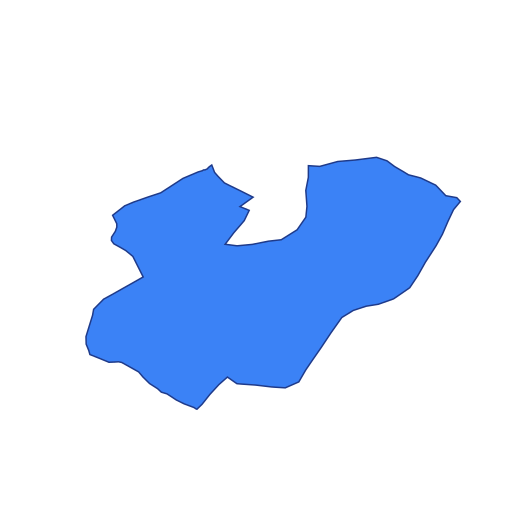 Ika North East, Delta, Nigeria (Natural Earth projection), rotated 49°
{"feature_id": "59680162B56433787774877", "entity_name": "Ika North East", "entity_type": "district", "adm_level": 2, "iso_a3": "NGA", "parent_name": "Nigeria", "parent_adm1": "Delta", "projection": "natural_earth1", "projection_center": [6.281, 6.235], "detail": "fine", "context": "isolated", "style": "filled", "palette": "blue", "viewbox_px": 512, "rotation_deg": 49, "n_neighbors": 0, "source": "geoboundaries", "source_scale": "gbopen_adm2", "svg_char_len": 1605}
<svg xmlns="http://www.w3.org/2000/svg" viewBox="0 0 512 512"><g transform="rotate(49 256 256)"><path d="M270.1,94.7L260.6,100.3L248.7,118.1L238.3,132.3L230.2,149.1L222.2,157.2L231.0,164.9L239.2,175.4L252.0,185.0L259.4,192.9L263.2,207.8L260.3,226.3L255.8,232.8L252.9,237.0L244.8,251.2L235.9,263.6L226.9,271.6L223.9,257.5L221.6,241.7L217.1,231.2L208.2,235.7L209.7,219.6L197.3,224.7L185.0,229.9L180.1,231.9L176.4,232.1L170.8,232.4L165.7,232.4L161.9,231.0L158.3,229.7L158.1,231.5L158.0,233.8L158.3,235.5L157.6,237.9L156.6,239.2L156.4,240.6L154.6,244.5L149.5,260.2L145.8,286.5L140.6,298.9L135.0,313.0L132.0,322.1L131.2,337.5L140.3,339.9L142.9,342.1L145.1,346.0L147.0,352.6L149.4,354.9L153.5,355.3L160.6,352.7L166.5,350.7L175.5,349.2L197.8,354.9L190.4,391.1L188.6,399.3L189.7,413.5L193.5,418.2L205.3,437.2L211.1,442.0L217.6,444.2L221.4,446.0L230.3,441.4L239.7,436.7L243.4,432.1L245.6,429.2L248.2,427.2L266.5,420.6L273.3,420.7L282.4,420.0L291.6,417.3L296.6,416.8L301.7,413.6L312.4,410.6L320.3,407.3L329.7,402.2L332.0,401.6L332.9,401.1L332.5,393.9L330.2,381.6L328.7,368.4L328.6,357.0L339.8,354.2L342.7,351.4L349.7,344.4L353.2,340.9L365.0,330.2L367.6,327.6L374.7,320.4L379.1,306.3L374.6,293.1L371.6,281.7L367.8,266.7L363.2,250.0L358.7,231.6L360.9,218.3L366.1,205.9L372.7,195.3L378.6,180.3L379.3,174.3L380.8,160.8L377.0,146.8L371.7,131.9L371.5,131.1L366.4,113.4L361.9,101.1L355.8,88.4L350.6,76.5L348.9,66.0L343.7,66.2L335.0,73.2L326.2,73.6L320.4,73.9L315.4,76.1L307.7,79.4L305.2,80.5L301.9,82.7L294.7,87.7L289.2,89.4L285.7,90.6L279.4,92.7L270.1,94.7Z" fill="#3b82f6" stroke="#1e3a8a" stroke-width="1.5"/></g></svg>